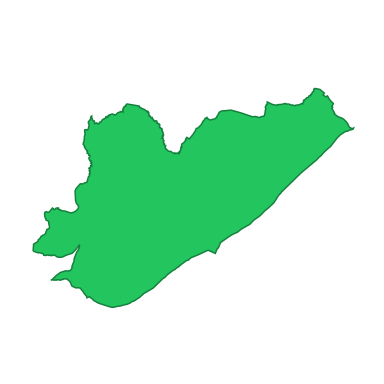 the district of Kaeng Khro, Chaiyaphum, Thailand, rotated 15°
{"feature_id": "78962969B55308089725045", "entity_name": "Kaeng Khro", "entity_type": "district", "adm_level": 2, "iso_a3": "THA", "parent_name": "Thailand", "parent_adm1": "Chaiyaphum", "projection": "natural_earth1", "projection_center": [102.171, 16.134], "detail": "fine", "context": "isolated", "style": "filled", "palette": "green", "viewbox_px": 384, "rotation_deg": 15, "n_neighbors": 0, "source": "geoboundaries", "source_scale": "gbopen_adm2", "svg_char_len": 5887}
<svg xmlns="http://www.w3.org/2000/svg" viewBox="0 0 384 384"><g transform="rotate(15 192 192)"><path d="M284.0,60.1L283.0,61.2L283.4,61.9L283.1,64.1L282.5,64.3L282.2,66.5L281.4,67.1L281.7,67.6L281.6,68.2L280.2,68.8L279.6,70.8L278.5,71.2L277.7,72.8L276.0,74.6L276.7,75.6L276.0,76.7L276.2,78.2L275.0,78.3L272.4,80.3L269.8,81.2L269.1,82.1L266.6,81.9L265.7,82.4L262.9,82.0L259.6,82.7L259.1,82.3L256.1,84.1L252.6,85.3L252.5,85.6L251.5,85.8L251.2,86.4L246.9,86.6L241.4,85.5L241.9,88.0L241.3,88.3L240.8,91.1L241.8,92.4L241.6,93.1L242.2,98.0L241.9,100.2L239.6,101.1L237.8,102.7L234.0,102.6L230.7,103.7L219.0,102.9L208.5,102.8L199.4,106.2L197.7,107.9L197.2,110.4L196.0,114.4L194.0,116.2L192.7,116.6L191.2,117.8L188.4,117.2L187.2,116.1L186.5,117.3L185.8,117.2L185.1,119.5L184.4,120.6L183.5,124.6L181.1,128.7L179.7,129.5L179.4,132.0L178.0,136.3L175.6,141.5L173.0,140.5L172.1,142.6L172.8,143.1L172.6,143.5L171.1,146.8L169.8,148.1L169.9,149.9L170.2,150.8L170.6,151.1L170.5,151.5L169.9,151.7L170.2,152.0L169.8,152.4L170.3,153.5L170.0,153.9L170.1,155.2L169.7,155.5L170.0,156.6L169.8,156.7L169.7,157.4L169.0,156.9L168.6,157.3L169.0,158.6L167.0,158.4L165.6,159.3L165.2,158.7L164.7,159.5L160.9,158.3L158.7,158.7L155.7,157.0L155.3,157.1L154.6,156.1L154.7,154.6L154.3,154.8L153.2,153.0L152.9,153.4L152.5,153.1L152.0,151.8L151.6,151.6L151.5,149.5L150.7,149.4L150.4,148.1L149.7,147.6L149.2,147.7L149.8,146.9L149.3,146.2L149.6,145.6L149.0,145.6L149.2,144.5L149.7,144.5L149.6,143.8L149.0,143.4L148.8,142.3L148.2,141.5L147.3,141.1L147.0,140.3L147.3,139.8L146.4,138.5L145.4,138.6L144.8,138.0L144.3,138.3L143.8,137.9L143.5,135.3L142.3,134.7L141.0,134.8L141.2,134.5L140.4,134.2L140.5,133.8L139.9,133.4L139.5,132.5L138.3,132.7L138.0,133.3L137.7,133.1L137.1,133.3L136.7,133.1L136.6,132.5L135.7,132.2L134.3,130.4L133.5,131.0L132.2,129.6L131.4,129.7L131.5,129.5L130.9,129.3L131.0,129.0L130.3,128.4L129.8,126.9L129.6,127.1L128.4,126.4L129.0,126.1L128.7,125.5L127.7,125.5L127.6,125.8L124.3,124.5L123.8,124.7L122.7,124.3L122.3,124.5L121.4,124.0L119.5,124.0L119.2,123.0L118.6,122.6L106.4,123.8L105.8,124.7L105.9,125.6L105.6,125.7L105.8,126.1L105.4,126.2L105.3,126.6L104.6,127.0L104.7,127.5L104.1,127.9L104.3,128.3L103.7,129.7L104.6,130.9L104.4,131.5L104.1,131.2L103.9,131.5L104.5,132.4L103.7,132.1L102.9,133.1L101.9,132.9L101.9,133.5L99.9,134.5L98.3,137.3L96.8,137.5L95.0,137.2L93.5,138.0L92.5,139.2L92.0,139.0L91.5,139.7L91.7,140.0L90.9,140.7L91.1,141.0L90.5,141.0L90.6,141.8L89.4,141.8L89.7,142.5L89.1,142.9L89.0,143.5L87.2,144.7L86.3,146.3L86.0,148.1L84.9,148.3L84.6,149.5L84.3,149.6L84.2,150.3L83.5,150.8L82.1,149.9L80.3,151.2L79.9,150.7L80.0,150.1L79.2,148.7L78.1,148.7L77.4,148.2L75.9,146.1L75.5,144.6L74.9,145.3L75.0,148.3L73.8,151.0L73.9,152.0L75.1,153.5L75.4,154.6L75.4,158.5L74.9,159.2L74.0,159.1L72.4,159.6L72.3,160.2L73.3,162.8L73.8,163.3L73.7,164.3L73.9,164.7L73.6,166.0L74.1,167.1L74.1,169.0L74.6,169.9L74.3,173.1L74.7,173.6L74.6,174.2L76.1,175.2L76.6,176.5L77.0,176.4L77.8,177.9L80.2,179.3L80.0,179.8L80.7,180.1L80.6,181.7L82.0,181.8L82.3,182.1L82.7,183.1L83.0,182.9L84.0,183.3L84.2,184.6L83.6,185.2L83.7,186.2L84.7,187.6L85.3,187.7L85.5,188.4L86.2,188.6L86.6,188.2L86.8,189.2L87.6,189.6L87.5,190.5L87.0,190.6L88.1,191.6L87.8,192.3L88.3,193.0L87.3,192.9L87.4,195.1L86.4,195.4L86.2,195.8L86.4,196.1L87.2,196.1L87.6,197.2L87.5,197.7L88.2,197.9L88.2,198.6L87.6,198.5L88.2,199.4L88.1,200.4L88.8,200.9L88.2,201.6L88.8,202.9L88.0,204.1L88.0,209.8L86.5,210.6L84.0,212.7L82.4,212.8L81.7,213.4L79.2,218.6L78.8,221.3L81.8,230.5L83.3,232.9L85.9,234.9L86.3,236.1L86.3,237.3L85.6,239.0L84.2,241.0L83.0,242.2L80.4,243.6L74.0,243.3L70.9,243.9L69.7,243.2L68.7,243.5L67.9,243.3L67.4,242.4L67.0,243.2L66.7,243.0L66.6,242.2L66.0,242.2L64.8,242.9L63.8,244.5L63.2,244.8L62.2,243.9L61.3,243.6L59.6,247.6L58.9,248.5L58.2,249.0L56.4,248.7L55.2,249.6L55.2,251.2L56.5,254.4L57.7,255.7L58.3,256.9L60.6,257.3L61.4,257.8L61.8,259.7L63.1,261.9L63.6,263.7L63.4,264.2L61.5,265.8L61.3,269.8L60.2,271.7L59.1,272.4L57.7,274.0L57.0,276.5L55.8,278.2L56.1,279.5L52.5,283.4L53.7,289.7L54.7,290.3L59.1,290.6L61.0,290.0L64.2,290.3L64.8,290.6L65.1,291.4L66.9,291.3L68.8,290.2L70.2,290.3L70.8,289.7L72.2,290.1L73.1,289.3L73.7,289.5L75.1,288.4L78.8,289.7L82.0,289.1L84.0,288.1L86.7,285.7L92.1,282.2L94.9,277.3L97.1,271.9L97.5,275.3L97.3,276.9L96.2,280.1L95.6,285.5L95.5,287.2L96.0,289.7L95.4,293.0L95.4,295.7L95.8,296.7L95.2,298.3L94.6,299.4L92.7,300.4L89.9,301.0L85.6,303.9L82.0,308.5L81.3,310.2L80.5,310.9L80.1,312.2L78.5,313.6L80.4,312.9L81.9,312.8L82.5,312.3L83.6,312.4L84.2,311.8L85.8,311.3L87.1,311.4L88.3,310.9L88.8,310.1L89.4,310.2L90.0,309.9L90.9,309.0L93.7,308.4L97.1,310.0L99.2,312.3L99.7,313.4L101.0,314.1L104.5,314.7L107.1,313.9L109.3,313.8L110.6,315.2L112.1,315.9L113.6,317.5L117.3,320.2L117.9,321.4L120.2,319.6L121.5,320.5L123.3,321.0L125.1,322.2L130.5,323.6L143.3,324.2L145.1,324.0L147.2,323.1L149.6,321.7L152.9,320.4L154.4,319.3L158.4,317.2L160.8,315.4L162.4,313.5L164.3,312.2L168.7,307.3L171.8,302.5L179.3,294.9L186.4,283.0L187.6,282.0L189.6,278.3L194.3,272.2L195.7,271.2L197.2,268.7L198.1,268.2L200.0,265.2L202.8,261.7L204.3,259.9L206.6,258.3L207.4,256.5L208.5,255.4L214.3,251.0L222.2,244.4L222.9,244.1L230.4,245.3L231.0,240.5L231.9,239.1L232.7,233.4L240.3,224.3L242.8,221.9L246.5,218.9L249.1,215.2L256.2,208.2L259.0,203.2L263.8,197.4L267.4,191.1L270.2,187.2L273.8,181.4L275.3,176.9L275.6,175.4L277.0,171.8L278.1,170.1L278.3,169.1L292.5,145.2L304.2,128.5L305.9,125.2L307.2,123.6L309.2,119.5L312.5,114.2L313.8,112.7L318.3,102.1L320.6,98.2L324.4,94.0L326.9,92.7L328.8,90.9L330.1,90.5L331.4,89.4L331.5,88.5L330.9,89.1L329.8,89.2L327.6,88.9L326.5,88.0L324.7,85.7L322.3,83.9L319.9,82.6L317.6,81.8L313.6,81.5L309.2,79.7L309.4,78.9L305.5,75.0L306.0,73.9L304.9,73.1L305.4,72.0L305.6,69.8L303.3,68.7L300.6,66.8L298.0,64.1L296.7,65.4L293.6,64.5L294.2,62.2L289.0,59.8L284.0,60.1Z" fill="#22c55e" stroke="#15803d" stroke-width="1.5"/></g></svg>